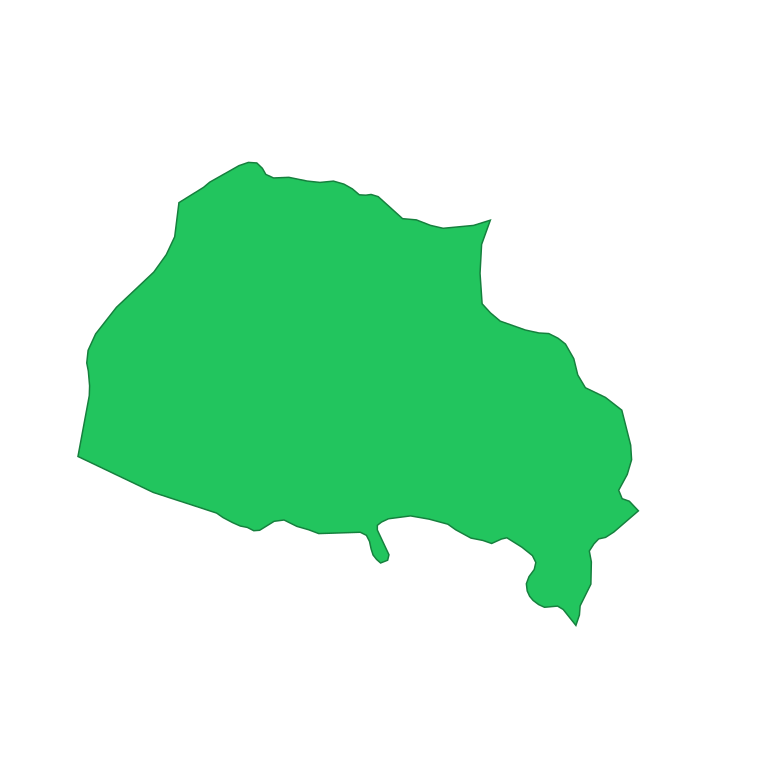 SVG path tracing the border of Amran, rotated 294°
{"feature_id": "YEM-155", "entity_name": "Amran", "entity_type": "Governorate", "adm_level": 1, "iso_a3": "YEM", "parent_name": "Yemen", "parent_adm1": "", "projection": "orthographic", "projection_center": [43.957, 16.092], "detail": "fine", "context": "isolated", "style": "filled", "palette": "green", "viewbox_px": 768, "rotation_deg": 294, "n_neighbors": 0, "source": "natural_earth", "source_scale": "10m", "svg_char_len": 1575}
<svg xmlns="http://www.w3.org/2000/svg" viewBox="0 0 768 768"><g transform="rotate(294 384 384)"><path d="M294.4,100.0L312.5,100.2L345.3,108.4L392.7,128.2L413.6,132.5L433.4,132.9L466.3,122.9L490.3,139.2L497.5,142.7L524.5,162.7L531.3,170.0L534.2,177.9L531.6,185.1L527.4,190.8L527.3,199.3L534.1,213.0L538.1,231.1L542.1,243.5L548.8,255.3L550.3,266.1L549.4,275.7L546.8,284.5L549.1,290.6L551.9,295.1L552.8,302.5L542.6,333.7L547.1,346.8L547.8,361.8L550.3,374.7L565.3,401.3L576.9,414.5L551.2,416.4L524.2,426.7L497.2,441.0L492.3,452.2L488.7,464.6L490.8,491.1L493.6,504.7L497.1,514.0L496.6,524.4L494.3,533.5L484.3,547.1L471.1,557.3L462.5,569.5L461.8,591.8L456.8,611.9L428.5,634.2L415.5,641.0L400.3,643.0L382.4,641.6L376.1,648.2L376.7,655.8L371.6,668.0L342.3,654.2L334.0,648.8L329.8,643.1L323.3,640.8L314.9,639.5L305.8,645.8L285.3,654.4L261.1,653.4L252.4,656.5L241.5,657.5L250.9,639.4L251.7,632.9L245.3,621.4L245.4,614.9L246.9,608.3L249.3,603.4L253.2,599.0L259.4,595.3L267.0,594.8L275.6,596.7L282.7,595.3L287.6,589.4L291.0,576.4L293.5,558.8L290.2,554.4L282.1,547.2L281.3,537.9L278.6,526.1L280.0,508.7L281.9,499.4L278.9,480.2L274.3,461.9L262.7,442.9L256.9,437.9L252.2,435.4L247.9,437.3L230.0,458.0L224.5,459.0L219.1,453.7L220.7,448.6L223.3,443.6L228.1,439.3L234.3,434.8L238.6,429.5L238.9,422.6L220.8,385.2L220.2,374.4L218.5,362.3L219.1,348.0L213.9,339.5L199.8,329.9L197.0,324.7L197.4,317.5L195.8,310.5L195.8,302.0L196.5,291.4L198.0,283.5L191.1,217.3L193.3,133.9L253.5,119.5L262.6,115.8L275.6,108.6L282.3,103.9L294.4,100.0Z" fill="#22c55e" stroke="#15803d" stroke-width="1.5"/></g></svg>